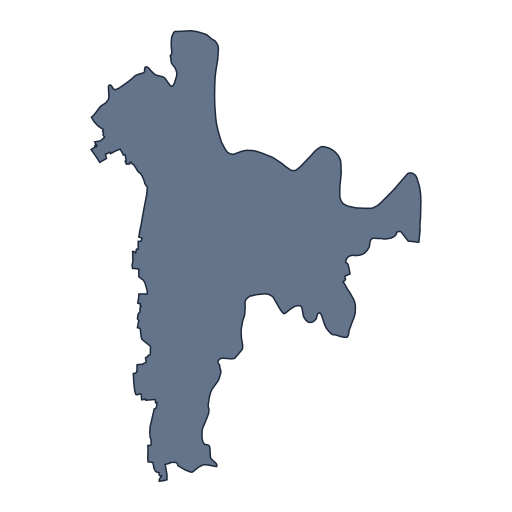 outline of Binh Luc, Hà Nam, Vietnam
{"feature_id": "81297802B47692200365960", "entity_name": "Binh Luc", "entity_type": "district", "adm_level": 2, "iso_a3": "VNM", "parent_name": "Vietnam", "parent_adm1": "Hà Nam", "projection": "equal_earth", "projection_center": [106.037, 20.489], "detail": "fine", "context": "isolated", "style": "filled", "palette": "slate", "viewbox_px": 512, "rotation_deg": 0, "n_neighbors": 0, "source": "geoboundaries", "source_scale": "gbopen_adm2", "svg_char_len": 6041}
<svg xmlns="http://www.w3.org/2000/svg" viewBox="0 0 512 512"><path d="M418.8,242.3L420.1,230.0L419.9,227.6L420.0,223.1L420.5,218.4L420.9,201.8L420.6,193.9L419.6,187.0L416.9,177.9L415.9,176.0L414.8,174.7L412.5,173.2L409.8,172.9L408.0,173.4L407.4,173.9L393.4,190.1L381.6,202.0L378.5,204.8L376.8,206.0L371.9,208.3L365.1,208.3L356.1,207.9L347.3,206.0L343.4,203.8L342.0,202.3L340.9,200.4L340.1,198.2L339.8,195.7L339.8,191.5L339.9,186.0L340.9,176.7L341.2,172.5L341.0,164.9L340.6,160.8L340.1,159.3L338.6,156.1L337.2,154.2L335.5,152.4L333.0,150.3L329.5,148.3L325.8,147.1L322.6,146.6L321.3,146.7L318.9,148.0L316.0,150.2L313.8,152.3L311.8,154.8L299.9,167.1L296.6,169.7L295.5,170.4L293.8,170.6L291.1,170.4L286.1,166.9L281.3,163.0L272.6,157.4L262.0,153.1L255.7,151.1L253.3,150.6L249.7,150.4L247.1,150.3L244.7,150.6L241.1,151.5L234.2,154.1L232.8,154.3L231.5,154.1L229.2,153.4L227.1,151.9L226.0,150.4L224.0,147.0L221.3,141.7L219.3,135.2L217.6,128.9L216.4,123.1L215.7,117.7L214.8,105.3L214.6,97.2L214.7,86.4L215.1,77.4L215.8,71.1L217.8,58.8L218.4,50.0L218.3,47.1L217.9,45.6L217.3,44.2L215.4,41.3L214.5,40.6L210.6,38.2L207.8,35.5L205.8,34.3L199.8,32.4L196.1,31.5L191.0,30.7L178.9,31.4L175.9,31.4L174.9,31.5L173.7,32.4L171.8,36.7L171.5,38.1L171.2,43.7L171.3,47.4L171.9,52.6L171.8,53.5L171.3,54.4L170.2,55.7L170.7,57.6L171.3,62.4L171.8,63.6L175.0,67.8L175.8,69.7L176.7,72.4L176.9,73.8L176.5,76.5L174.2,83.6L173.6,84.7L172.7,85.9L171.6,86.3L169.8,85.1L165.1,78.4L164.2,77.6L162.7,76.8L156.6,75.2L155.0,74.6L151.3,71.1L149.3,68.7L147.6,67.2L146.7,66.8L145.3,67.1L144.7,68.2L144.5,71.7L143.9,72.5L142.7,73.1L139.7,73.8L135.3,75.6L130.5,79.9L124.1,84.6L119.4,87.9L116.6,89.3L115.2,89.6L113.9,89.3L113.4,88.9L111.6,86.0L111.0,85.4L110.2,85.0L109.4,85.1L109.0,85.5L108.5,86.3L108.4,87.1L108.9,96.1L108.8,97.6L108.4,99.4L106.9,101.5L105.6,103.0L101.2,105.8L99.7,107.3L95.5,113.0L93.4,115.4L91.4,117.3L94.0,121.6L98.1,126.1L103.2,129.5L102.6,131.4L103.4,132.1L103.0,134.9L103.8,136.1L104.7,137.1L100.4,140.9L94.7,141.9L95.4,143.4L96.9,145.5L96.4,146.6L95.3,145.1L94.7,146.0L95.2,146.9L91.1,149.6L95.8,156.2L99.8,162.4L106.4,158.5L106.2,157.1L105.4,154.2L107.0,153.7L109.8,152.2L110.5,153.7L115.7,150.9L120.1,149.1L121.7,151.8L123.3,155.0L125.0,154.7L126.3,160.8L125.3,161.1L125.4,162.2L126.5,164.2L129.8,163.9L129.8,162.4L131.2,162.3L131.8,163.5L134.3,165.4L137.2,170.3L138.5,172.1L140.5,173.5L142.4,176.5L144.3,181.3L144.8,183.5L146.5,186.2L147.4,187.0L146.6,194.9L142.8,214.8L141.5,222.8L139.6,231.9L139.1,235.5L138.6,236.9L142.1,238.3L141.7,239.6L140.9,241.1L140.1,241.3L138.2,241.3L138.2,249.2L136.5,249.1L135.6,253.0L134.8,252.1L134.0,251.6L133.1,251.3L132.6,251.4L132.9,261.7L132.2,264.2L132.1,265.4L132.5,268.4L138.8,269.0L138.8,276.3L138.9,276.9L143.3,280.2L143.8,280.8L145.3,283.9L147.1,290.6L147.3,291.7L147.2,293.9L138.8,294.0L138.7,297.4L137.7,303.1L139.0,303.5L140.3,303.6L140.1,305.0L140.3,305.5L141.2,306.2L141.2,306.6L140.1,307.2L139.9,312.1L138.4,313.5L137.9,315.2L137.4,318.7L138.9,320.6L138.0,324.1L137.4,327.7L140.2,328.4L141.2,337.3L141.8,339.1L142.7,340.0L150.5,346.3L150.3,353.8L150.0,354.9L148.1,355.5L147.7,356.7L145.7,357.5L145.5,357.8L146.1,362.2L146.1,362.5L145.8,362.8L144.5,363.0L142.7,364.1L141.9,364.3L138.4,364.5L137.0,364.9L137.0,369.2L136.7,372.0L136.2,372.7L134.7,373.3L133.3,373.5L133.9,384.1L134.4,388.5L134.9,391.6L135.9,394.5L136.9,394.8L140.1,393.9L141.0,394.2L141.3,395.3L141.6,399.7L142.9,399.7L144.9,399.1L145.5,399.1L145.6,400.2L155.1,399.5L155.6,402.8L156.8,402.4L156.8,405.5L156.2,407.7L155.7,408.4L154.2,409.0L154.0,409.5L153.7,411.2L150.1,426.7L149.8,431.8L150.1,437.2L150.9,439.2L151.2,444.6L150.7,445.3L147.8,445.5L148.0,448.1L147.8,459.1L148.0,461.8L152.9,462.5L154.0,468.5L155.4,471.2L156.7,472.1L159.0,472.6L159.2,475.1L159.5,475.5L160.2,475.7L161.6,475.8L161.5,476.5L160.6,477.3L159.5,479.0L159.2,480.1L159.3,481.3L164.5,480.5L167.0,479.7L167.0,474.8L165.2,464.4L169.7,463.3L169.8,462.6L173.9,462.3L176.3,462.6L176.9,462.9L177.3,463.6L178.0,465.7L185.3,470.0L190.1,471.9L191.4,472.2L192.2,472.1L193.0,471.7L198.8,467.0L203.5,464.7L207.4,464.9L216.5,466.6L216.8,466.3L216.7,464.4L215.9,463.2L212.7,460.4L210.7,458.1L210.4,457.0L210.0,448.7L209.7,447.0L209.2,445.9L208.1,445.0L205.0,444.4L204.4,444.1L203.3,442.6L202.8,441.5L202.2,439.0L202.0,436.7L202.1,430.7L202.7,428.0L205.4,421.8L208.4,414.1L208.7,412.8L209.0,409.7L208.2,406.2L208.2,405.3L209.1,398.3L210.5,392.8L212.0,389.2L217.5,381.7L218.4,380.2L219.0,379.0L220.8,372.8L220.9,370.7L219.8,367.6L219.7,365.3L218.6,363.6L218.0,362.3L218.0,361.4L218.2,360.8L219.4,359.2L219.9,358.8L221.5,358.5L222.2,358.1L231.9,358.9L234.4,358.4L235.1,358.0L236.4,356.3L237.7,354.9L242.2,349.4L242.6,348.5L242.7,345.5L241.4,337.6L241.1,330.0L242.7,320.9L244.6,315.3L245.2,307.0L245.0,303.2L245.2,301.2L245.8,299.7L247.3,298.1L250.4,295.8L251.3,296.0L256.1,294.7L263.9,293.9L267.5,294.0L270.2,295.1L272.3,296.4L273.3,297.5L280.1,309.3L282.3,312.3L283.7,313.6L284.6,313.5L285.8,312.8L289.2,310.0L292.8,307.5L294.9,306.3L297.9,305.6L300.5,305.9L301.5,306.8L302.0,307.9L303.2,315.4L304.1,317.6L305.9,320.3L307.9,321.9L309.1,322.4L311.6,322.4L313.9,321.3L316.2,318.8L317.3,314.8L317.9,313.7L318.6,313.0L319.7,312.8L320.7,313.8L321.7,315.7L324.7,324.8L326.6,328.6L329.6,332.2L331.2,333.8L332.5,334.6L336.2,335.0L340.3,336.5L344.3,337.3L346.8,337.3L347.2,337.1L348.2,335.6L348.5,334.5L349.2,330.3L352.4,321.5L354.0,317.7L355.2,313.1L355.4,309.0L355.3,305.2L354.7,302.3L353.6,299.2L349.2,291.6L347.4,289.1L345.2,285.0L343.1,281.8L343.9,281.3L345.5,279.6L345.0,277.5L345.0,276.1L350.0,274.0L349.7,271.6L348.1,264.6L347.4,263.5L345.5,262.4L346.5,259.1L347.5,257.5L349.1,256.2L350.7,255.7L352.2,255.3L356.8,255.6L361.2,254.8L363.6,253.7L364.9,252.8L367.2,250.3L368.9,247.6L369.5,246.0L370.0,242.0L370.6,240.0L372.1,238.6L372.9,238.2L374.3,238.2L377.5,238.5L381.6,238.5L382.9,238.9L384.2,239.0L387.1,238.8L390.8,238.1L392.8,237.3L394.7,236.1L395.8,235.0L396.9,232.2L398.2,231.6L400.0,231.5L401.2,232.0L408.1,241.0L418.8,242.3Z" fill="#64748b" stroke="#1e293b" stroke-width="1.5"/></svg>